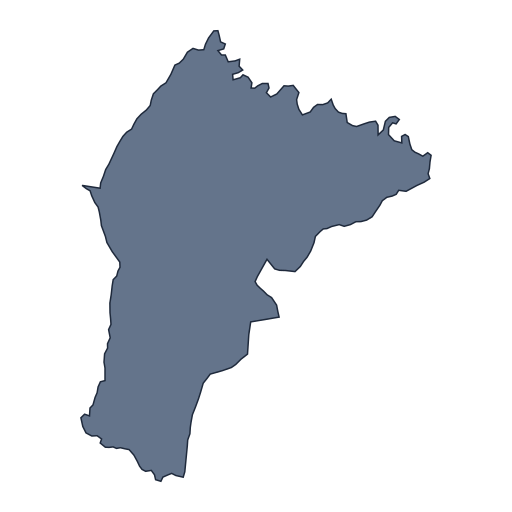 Astorga, Paraná, Brazil (Natural Earth projection), rotated 180°
{"feature_id": "56859067B33655617735681", "entity_name": "Astorga", "entity_type": "district", "adm_level": 2, "iso_a3": "BRA", "parent_name": "Brazil", "parent_adm1": "Paraná", "projection": "natural_earth1", "projection_center": [-51.712, -23.236], "detail": "fine", "context": "isolated", "style": "filled", "palette": "slate", "viewbox_px": 512, "rotation_deg": 180, "n_neighbors": 0, "source": "geoboundaries", "source_scale": "gbopen_adm2", "svg_char_len": 3072}
<svg xmlns="http://www.w3.org/2000/svg" viewBox="0 0 512 512"><g transform="rotate(180 256 256)"><path d="M427.4,97.8L431.1,94.2L429.2,85.5L426.0,79.1L420.2,76.0L414.9,76.3L410.4,73.0L411.8,69.0L406.7,64.8L403.0,64.6L398.9,65.1L395.5,63.6L391.6,64.3L387.5,63.3L382.9,62.4L378.1,56.9L374.6,50.5L372.4,45.8L370.0,42.6L366.4,40.7L360.7,41.6L357.5,37.2L356.4,32.3L351.1,30.7L349.1,34.9L343.9,37.2L340.3,38.6L336.2,36.5L328.8,34.8L327.2,40.2L325.3,59.9L324.7,66.1L324.3,72.0L322.1,78.2L321.7,84.6L321.0,89.6L319.6,97.3L316.6,104.8L313.5,113.2L311.5,119.5L308.8,128.8L304.9,133.7L301.8,137.9L289.8,141.3L280.6,144.5L276.3,147.5L270.9,152.9L264.5,157.9L263.2,177.4L261.3,190.1L232.9,194.9L234.2,200.6L235.4,206.9L240.4,214.4L244.9,217.2L248.5,220.9L251.7,223.7L254.9,226.8L256.9,230.4L254.6,235.5L245.0,252.7L237.3,243.1L232.5,241.7L226.4,241.5L217.0,240.4L211.7,245.5L208.4,250.6L204.9,254.8L201.3,261.0L198.0,269.3L196.6,275.6L191.8,280.5L188.7,283.1L185.1,283.4L180.4,285.5L172.8,287.4L167.8,285.7L161.6,287.4L156.1,290.3L151.1,290.4L145.4,291.9L139.9,295.2L136.6,300.2L132.1,306.8L129.7,311.3L125.2,314.7L119.9,315.9L115.8,317.7L113.3,321.7L105.9,320.7L99.8,324.0L95.0,326.6L87.9,329.8L82.2,333.5L83.9,338.3L82.6,343.4L82.0,350.1L80.9,356.7L84.3,359.3L89.2,355.8L93.3,358.1L97.1,359.8L100.2,362.3L102.1,367.9L103.7,375.4L106.9,377.5L110.4,375.6L110.2,369.1L117.8,371.2L123.5,377.4L123.3,384.6L119.4,389.2L115.9,388.1L112.7,392.5L116.8,395.6L122.7,394.6L126.6,390.7L128.7,382.0L133.9,377.1L134.0,386.8L136.4,390.8L142.6,389.9L148.1,388.1L155.4,385.5L159.5,386.4L164.8,389.5L166.1,398.3L169.9,398.6L173.6,399.9L176.9,403.5L178.8,407.0L180.8,412.8L184.3,409.1L189.2,407.4L194.5,407.5L198.4,404.7L201.8,400.0L209.6,397.1L213.1,402.6L214.8,407.9L215.4,412.4L213.1,419.4L218.8,426.6L223.7,425.9L228.0,426.2L235.2,418.0L241.4,415.0L245.6,419.3L243.0,424.0L244.0,428.5L249.7,428.5L254.2,426.2L257.3,423.8L260.9,424.0L260.1,429.2L263.9,434.8L269.0,437.2L271.6,434.3L278.9,432.2L279.4,437.7L273.8,439.3L269.3,442.0L272.9,445.8L272.3,452.8L276.9,451.1L283.8,450.2L286.7,457.0L290.5,457.0L294.1,461.4L288.3,463.1L286.7,468.0L291.4,470.1L292.8,476.4L294.1,481.3L298.2,481.1L303.4,474.1L306.5,467.8L308.2,462.3L313.5,461.9L319.0,463.6L324.6,459.8L328.7,452.8L332.7,448.9L337.1,446.9L341.1,437.7L346.0,429.2L351.2,425.9L354.4,422.4L358.6,418.2L360.7,411.9L361.8,406.5L365.6,402.0L370.8,397.8L375.1,393.2L378.1,387.8L380.4,382.9L385.3,379.8L389.1,375.6L392.2,370.5L395.1,365.4L398.0,358.8L403.1,347.8L406.3,342.5L408.6,335.6L411.3,329.1L411.9,323.8L429.9,326.6L425.6,323.3L421.9,321.2L420.3,316.3L417.2,309.5L413.9,304.9L412.7,300.1L411.2,291.9L410.6,286.4L406.6,275.6L405.1,269.5L399.8,260.4L392.2,249.9L392.0,244.7L394.0,241.0L395.3,235.9L398.8,232.4L399.8,226.3L400.8,217.2L402.1,209.0L402.0,199.4L401.4,193.3L401.0,187.6L403.4,182.4L401.8,174.2L404.5,168.3L404.4,163.9L407.4,158.2L408.0,149.8L407.0,144.0L407.0,137.9L407.0,131.4L411.6,130.2L413.9,125.1L414.9,119.2L416.9,114.6L419.0,107.1L422.0,104.0L422.5,96.1L427.4,97.8Z" fill="#64748b" stroke="#1e293b" stroke-width="1.5"/></g></svg>